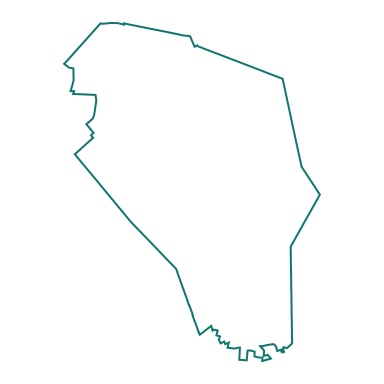 the district of Tlahualilo, Durango, Mexico
{"feature_id": "50627088B18924906437301", "entity_name": "Tlahualilo", "entity_type": "district", "adm_level": 2, "iso_a3": "MEX", "parent_name": "Mexico", "parent_adm1": "Durango", "projection": "albers", "projection_center": [-103.583, 26.292], "detail": "fine", "context": "isolated", "style": "outline", "palette": "teal", "viewbox_px": 384, "rotation_deg": 0, "n_neighbors": 0, "source": "geoboundaries", "source_scale": "gbopen_adm2", "svg_char_len": 2733}
<svg xmlns="http://www.w3.org/2000/svg" viewBox="0 0 384 384"><path d="M176.6,34.0L131.3,24.9L123.8,23.4L123.8,24.7L123.0,24.5L122.1,24.2L121.2,23.9L117.3,23.1L111.0,23.0L102.1,23.8L100.6,23.3L97.1,27.2L69.8,57.7L66.9,61.0L64.1,63.8L68.9,67.5L73.4,68.5L73.6,80.5L71.8,87.1L70.6,91.0L74.1,91.2L73.1,94.0L78.4,94.2L90.7,94.7L95.5,94.9L96.3,100.7L94.2,114.7L93.8,115.9L92.6,118.8L90.9,120.3L87.9,122.9L86.4,124.3L87.8,125.9L93.6,133.0L91.0,135.3L93.1,137.9L90.2,140.4L75.0,154.1L74.8,154.2L82.7,163.8L85.2,166.8L93.3,176.5L95.9,179.6L106.4,192.3L116.8,204.9L128.7,219.3L130.9,221.9L132.3,223.4L134.5,225.7L137.8,229.1L150.1,241.8L153.4,245.2L157.3,249.3L157.8,249.8L159.3,251.4L161.6,253.8L162.1,254.4L162.4,254.7L163.5,255.9L163.9,256.2L166.2,258.6L167.3,259.8L169.9,262.4L172.9,265.5L174.5,267.2L175.4,268.1L175.8,268.5L176.1,268.8L179.0,277.1L187.5,300.7L187.4,300.7L188.9,305.0L189.2,304.9L190.3,308.0L192.6,314.2L192.8,315.1L192.5,315.2L194.7,321.4L196.1,324.8L196.7,326.5L197.2,328.0L197.4,328.4L197.5,329.1L198.5,331.8L198.8,332.7L199.0,332.5L199.2,333.0L199.3,333.2L199.8,334.7L200.6,334.1L200.9,333.9L201.0,333.8L201.5,333.4L203.5,331.9L211.2,325.9L211.5,327.1L212.6,330.6L214.2,329.3L214.1,329.5L214.8,329.7L215.4,329.9L217.7,330.6L216.4,335.4L219.7,336.3L220.0,336.4L219.3,338.4L219.2,338.6L219.0,339.3L218.8,339.6L219.2,340.3L220.4,343.0L220.6,343.4L224.2,341.6L224.8,343.0L225.3,344.2L228.8,342.6L227.6,347.7L231.3,348.2L234.2,348.5L235.9,348.3L237.2,347.9L237.8,347.7L239.9,347.6L239.3,359.8L243.6,360.1L246.7,360.3L247.6,350.6L248.1,350.6L250.2,350.4L254.7,351.7L254.4,356.3L257.7,357.3L262.5,357.7L262.2,361.0L265.1,360.2L266.7,359.8L270.9,358.6L269.9,357.3L267.8,354.9L263.7,355.9L264.1,350.7L262.3,348.3L262.0,348.3L260.2,346.2L262.8,346.0L263.9,345.8L267.5,345.0L270.1,344.6L272.3,344.2L272.5,344.2L272.8,344.2L272.9,344.3L273.1,344.3L273.4,344.3L273.5,344.4L273.8,344.3L274.0,344.3L274.3,344.6L274.5,344.8L274.8,345.0L275.2,345.5L275.5,345.7L275.7,346.0L276.5,348.4L277.3,351.0L281.3,349.6L281.3,351.5L281.7,351.6L282.2,351.6L282.3,352.0L282.3,352.3L282.7,352.2L283.9,352.1L283.9,351.2L283.3,350.5L283.4,349.0L283.4,347.9L283.4,347.4L283.5,347.1L286.3,348.0L287.0,348.1L289.9,345.5L292.1,343.5L292.1,341.1L292.0,338.8L292.0,335.1L291.9,331.2L291.9,328.9L291.8,324.4L291.8,321.0L291.7,316.7L291.6,312.8L291.6,311.1L291.4,293.5L291.3,292.1L291.2,285.2L291.2,284.1L291.2,281.7L290.9,264.0L290.7,246.6L297.1,235.2L308.6,214.7L313.7,205.7L319.9,194.6L319.2,193.6L301.5,166.6L301.3,165.3L300.4,161.2L297.7,148.9L295.2,137.4L286.4,96.3L282.6,78.8L269.0,73.6L245.5,64.5L206.2,49.5L200.1,47.1L196.9,45.9L196.9,45.6L194.6,46.8L190.0,36.1L186.7,35.8L182.2,35.3L176.6,34.0Z" fill="none" stroke="#0f766e" stroke-width="2"/></svg>